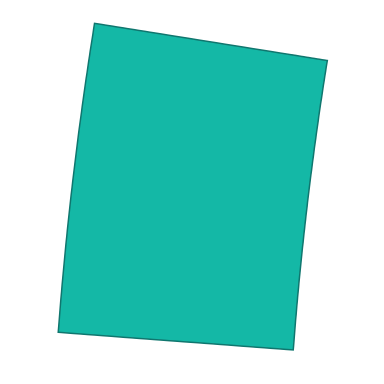 outline of Wyoming, rotated 97°
{"feature_id": "USA-3527", "entity_name": "Wyoming", "entity_type": "State", "adm_level": 1, "iso_a3": "USA", "parent_name": "United States of America", "parent_adm1": "", "projection": "albers", "projection_center": [-107.983, 43.0], "detail": "fine", "context": "isolated", "style": "filled", "palette": "teal", "viewbox_px": 384, "rotation_deg": 97, "n_neighbors": 0, "source": "natural_earth", "source_scale": "10m", "svg_char_len": 2374}
<svg xmlns="http://www.w3.org/2000/svg" viewBox="0 0 384 384"><g transform="rotate(97 192 192)"><path d="M36.5,309.2L36.6,305.6L36.7,301.9L36.9,298.2L37.0,294.5L37.1,290.9L37.3,287.2L37.4,283.5L37.5,279.8L37.7,276.1L37.8,272.5L37.9,268.8L38.1,265.1L38.2,261.4L38.3,257.7L38.5,254.1L38.6,250.4L38.9,241.2L39.3,232.0L39.6,222.8L39.9,213.6L40.3,204.4L40.6,195.2L40.9,186.0L41.3,176.8L41.6,167.6L41.9,158.5L42.3,149.3L42.6,140.1L42.9,130.9L43.3,121.7L43.6,112.5L43.9,103.3L44.0,101.5L44.1,99.7L44.1,97.9L44.2,96.2L44.3,94.4L44.3,92.6L44.4,90.8L44.5,89.0L44.5,87.2L44.6,85.4L44.7,83.6L44.7,81.9L44.8,80.1L44.9,78.3L44.9,76.5L45.0,74.7L45.0,73.7L47.1,73.8L51.7,74.0L56.2,74.1L60.7,74.3L65.3,74.4L69.8,74.6L74.3,74.7L78.9,74.8L83.4,74.9L87.9,75.1L92.5,75.2L97.0,75.3L101.5,75.4L106.1,75.4L110.6,75.5L115.1,75.6L119.7,75.7L124.2,75.7L128.7,75.8L133.3,75.9L137.8,75.9L142.3,75.9L146.9,76.0L151.4,76.0L155.9,76.0L160.5,76.1L165.0,76.1L169.5,76.1L174.1,76.1L178.6,76.1L183.1,76.1L187.7,76.1L192.2,76.0L196.7,76.0L201.3,76.0L205.8,75.9L210.3,75.9L214.9,75.8L219.4,75.8L223.9,75.7L228.5,75.6L233.0,75.6L237.5,75.5L242.1,75.4L246.6,75.3L251.1,75.2L255.7,75.1L260.2,75.0L264.7,74.9L269.2,74.8L273.8,74.6L278.3,74.5L282.8,74.4L287.4,74.2L291.9,74.1L296.4,73.9L301.0,73.7L305.5,73.6L310.0,73.4L314.6,73.2L319.1,73.0L323.6,72.8L328.1,72.6L332.7,72.4L336.4,72.3L336.8,79.6L337.1,87.0L337.5,94.3L337.8,101.7L338.2,109.0L338.5,116.4L338.9,123.7L339.2,131.1L339.5,138.4L339.9,145.8L340.2,153.2L340.6,160.5L340.9,167.9L341.3,175.2L341.7,182.6L342.0,189.9L342.4,197.3L342.7,204.6L343.1,212.0L343.4,219.4L343.8,226.7L344.1,234.1L344.5,241.4L344.8,248.8L345.1,256.2L345.5,263.5L345.8,270.9L346.2,278.2L346.5,285.6L346.9,292.9L347.2,300.3L347.5,307.7L342.0,307.9L335.0,308.2L328.0,308.5L321.0,308.8L314.1,309.1L307.1,309.3L300.1,309.6L293.1,309.8L286.2,310.0L279.2,310.2L272.2,310.4L265.2,310.6L258.2,310.8L251.2,310.9L244.3,311.1L237.3,311.2L230.3,311.3L223.3,311.4L216.3,311.5L209.4,311.6L202.4,311.6L195.4,311.7L188.4,311.7L181.4,311.7L174.4,311.7L167.5,311.7L160.5,311.7L153.5,311.7L146.5,311.7L139.5,311.6L132.5,311.5L125.6,311.4L120.0,311.4L114.4,311.3L108.8,311.2L103.3,311.1L97.7,311.0L92.1,310.9L86.6,310.7L81.0,310.6L75.4,310.5L69.9,310.3L64.3,310.2L58.7,310.0L53.2,309.8L47.6,309.6L42.0,309.5L36.5,309.3L36.5,309.2L36.5,309.2Z" fill="#14b8a6" stroke="#0f766e" stroke-width="1.5"/></g></svg>